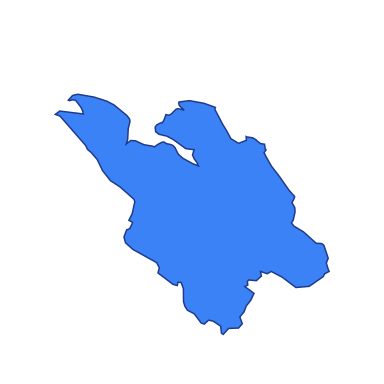 outline of Essex, rotated 226°
{"feature_id": "GBR-2317", "entity_name": "Essex", "entity_type": "Administrative County", "adm_level": 1, "iso_a3": "GBR", "parent_name": "United Kingdom", "parent_adm1": "", "projection": "robinson", "projection_center": [0.635, 51.797], "detail": "fine", "context": "isolated", "style": "filled", "palette": "blue", "viewbox_px": 384, "rotation_deg": 226, "n_neighbors": 0, "source": "natural_earth", "source_scale": "10m", "svg_char_len": 2182}
<svg xmlns="http://www.w3.org/2000/svg" viewBox="0 0 384 384"><g transform="rotate(226 192 192)"><path d="M295.2,146.4L299.2,147.8L338.2,149.8L342.8,147.6L342.1,153.1L323.6,168.0L326.6,169.8L330.3,171.0L338.8,172.0L341.2,170.2L343.0,167.1L344.0,166.8L344.4,173.1L341.7,177.7L328.3,187.5L316.3,193.9L308.7,196.4L292.3,198.3L287.9,197.8L285.7,196.3L282.0,190.3L274.3,182.0L272.2,178.1L271.6,183.7L268.1,186.9L259.4,190.3L252.2,195.6L250.5,196.3L250.4,197.9L249.7,201.5L248.6,205.0L247.4,206.6L244.7,207.1L240.9,209.7L238.5,210.6L235.7,210.6L230.5,208.9L228.2,208.4L222.4,208.9L211.6,212.3L206.4,214.7L210.1,216.1L214.3,216.6L218.3,218.1L221.0,222.8L227.6,217.6L242.6,215.0L249.7,212.7L256.5,208.3L260.6,207.7L264.3,210.6L264.7,213.2L264.0,216.0L263.1,218.3L262.5,218.7L263.0,221.1L263.9,223.4L265.8,227.0L263.4,228.6L262.5,231.1L262.6,238.0L261.8,239.6L259.9,241.1L256.3,243.2L262.7,242.9L264.9,243.9L265.8,245.2L259.4,253.7L247.4,262.3L236.8,267.5L236.8,267.3L235.1,265.7L219.4,261.1L211.4,259.3L203.4,257.0L194.7,259.3L191.4,267.1L193.8,269.0L194.2,269.4L193.6,269.5L193.3,269.9L188.8,273.3L185.3,274.3L182.2,274.4L179.1,275.0L176.0,277.4L172.2,274.6L170.9,274.6L170.3,271.2L166.3,269.9L155.4,267.1L142.7,265.7L125.9,263.0L117.5,262.7L116.6,261.5L114.8,256.5L109.2,255.0L106.0,252.2L101.4,245.2L100.7,242.1L96.8,241.6L85.9,244.5L77.4,245.1L68.9,245.7L64.9,249.4L62.2,249.9L49.8,244.0L49.0,242.4L47.6,239.3L42.6,236.7L42.0,236.4L39.6,235.5L41.0,230.7L40.0,227.4L42.7,210.8L51.1,200.4L68.1,197.7L79.8,193.8L81.0,189.3L87.3,186.1L83.3,183.5L83.5,176.7L89.5,171.5L89.0,169.5L86.3,167.5L87.3,164.3L76.0,166.2L73.4,159.4L72.3,151.7L69.6,146.2L68.9,139.6L62.3,136.7L61.8,131.0L68.4,123.6L67.9,115.5L70.1,115.2L75.6,119.4L84.4,117.5L88.3,114.9L88.4,109.1L91.4,107.6L102.9,109.0L110.1,106.6L114.8,107.5L119.1,109.8L128.5,118.7L134.5,121.3L136.9,119.1L134.9,116.5L138.6,114.2L157.4,111.3L160.3,115.9L165.8,117.5L191.7,109.6L201.6,108.9L206.9,111.8L210.2,118.7L208.9,121.7L211.0,127.4L211.7,128.2L215.5,126.9L217.9,133.8L224.8,144.2L227.2,145.2L245.5,143.8L256.8,141.2L269.4,142.5L281.4,146.4L290.5,146.9L295.2,146.4L295.2,146.4Z" fill="#3b82f6" stroke="#1e3a8a" stroke-width="1.5"/></g></svg>